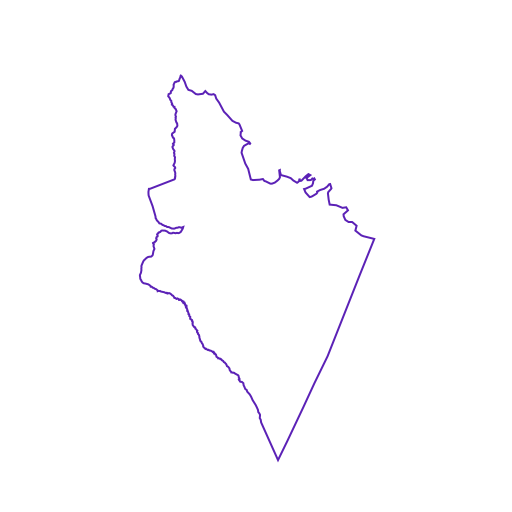 Turkana West, Rift Valley, Kenya (Albers equal-area conic projection), rotated 156°
{"feature_id": "3690345B77554234988908", "entity_name": "Turkana West", "entity_type": "district", "adm_level": 2, "iso_a3": "KEN", "parent_name": "Kenya", "parent_adm1": "Rift Valley", "projection": "albers", "projection_center": [34.901, 4.052], "detail": "fine", "context": "isolated", "style": "outline", "palette": "violet", "viewbox_px": 512, "rotation_deg": 156, "n_neighbors": 0, "source": "geoboundaries", "source_scale": "gbopen_adm2", "svg_char_len": 6163}
<svg xmlns="http://www.w3.org/2000/svg" viewBox="0 0 512 512"><g transform="rotate(156 256 256)"><path d="M326.5,360.9L328.2,358.3L329.1,356.1L329.5,354.8L330.2,343.6L331.7,333.1L332.3,331.3L332.1,330.5L332.1,328.9L331.3,326.8L331.0,325.1L329.5,324.0L328.8,322.4L328.0,321.8L327.2,320.6L326.1,319.9L325.4,318.7L323.9,317.9L321.8,315.4L319.7,314.3L318.9,314.2L317.4,314.2L316.0,313.7L314.8,313.7L314.0,313.3L312.7,312.2L310.7,312.1L311.8,310.8L314.9,308.6L316.6,308.3L317.4,308.4L317.9,308.6L318.8,309.3L320.2,309.5L321.8,310.7L322.4,311.0L323.5,310.9L325.0,311.5L326.1,312.4L327.3,314.6L328.8,316.2L331.5,317.5L332.2,317.6L333.7,316.9L335.3,317.1L336.0,316.4L336.6,316.6L337.6,315.9L337.6,314.4L337.7,314.2L338.0,313.9L339.2,313.7L340.0,312.8L340.1,312.4L339.9,311.8L340.2,311.3L341.5,310.3L342.5,310.2L343.0,309.7L344.0,309.9L344.8,309.8L344.9,309.4L344.6,308.2L345.6,306.8L345.9,303.8L347.7,302.2L349.8,299.1L350.4,298.6L351.6,298.2L352.1,298.1L353.7,298.7L355.1,299.0L356.1,298.9L357.7,298.5L359.4,297.8L360.0,297.7L361.2,296.9L364.3,294.0L364.8,293.4L365.3,292.0L366.0,290.9L366.4,289.7L367.9,287.5L369.8,285.8L370.2,284.8L370.4,283.8L370.8,282.9L371.0,281.5L370.7,280.6L370.8,279.7L370.5,278.1L369.7,276.8L368.1,275.7L365.8,273.8L364.6,271.7L364.7,270.8L364.1,270.6L363.6,270.1L363.3,269.1L362.4,268.5L361.9,267.4L360.9,266.5L360.5,265.9L359.9,264.6L360.1,263.9L359.4,263.9L358.6,263.3L357.9,263.1L357.3,262.2L354.4,260.1L353.7,259.1L352.7,258.8L352.4,258.6L352.5,258.1L352.1,257.7L351.4,257.8L351.1,257.5L350.4,257.4L349.8,256.8L348.9,255.2L348.7,254.3L347.9,253.4L347.6,251.9L347.6,250.9L346.9,250.6L346.1,249.1L345.5,249.0L345.1,249.2L344.9,249.0L344.0,247.9L344.2,247.2L343.4,246.8L342.7,246.9L342.0,245.6L342.0,245.0L341.6,244.8L341.7,244.3L341.0,244.0L341.1,243.8L341.5,243.6L341.5,242.8L341.2,242.8L341.0,243.3L340.8,243.2L340.7,242.8L340.4,242.7L340.5,242.3L340.3,241.9L340.7,241.5L340.4,241.1L340.7,240.4L340.3,240.1L340.3,239.4L339.7,238.9L339.9,238.5L340.7,238.4L340.9,237.7L340.8,237.3L340.4,237.1L340.7,236.5L340.5,236.2L340.5,235.4L341.2,233.8L341.1,233.7L340.7,233.7L341.0,230.8L341.3,230.5L340.8,229.8L341.4,228.3L340.8,227.2L341.7,225.4L341.1,224.6L340.9,223.9L340.6,223.7L340.8,223.2L340.6,222.5L340.9,222.4L341.0,222.1L340.7,221.3L341.1,220.4L341.5,220.1L341.9,218.5L341.5,217.0L341.5,216.5L340.9,216.0L340.6,215.5L340.9,214.6L340.7,214.5L340.7,214.0L340.2,212.4L340.4,211.7L340.1,211.5L340.7,210.7L340.8,210.3L340.5,209.2L340.3,209.0L340.7,208.2L340.2,206.9L340.4,206.3L340.4,205.7L340.8,204.9L341.1,203.2L341.0,202.7L341.3,201.8L341.3,200.5L340.8,200.0L340.9,198.2L340.6,197.5L340.7,195.5L341.0,195.0L341.0,194.2L340.0,191.7L339.5,191.8L338.4,189.9L338.0,189.5L337.5,189.6L336.7,188.4L335.9,188.0L334.8,186.5L334.3,186.2L334.4,185.8L333.7,185.6L333.7,185.0L333.5,184.7L334.0,184.2L334.0,183.9L333.4,183.5L333.3,182.9L332.9,182.8L332.7,181.9L333.1,180.1L332.4,178.9L332.2,178.0L331.8,178.1L331.0,177.0L330.4,176.7L330.4,176.2L329.9,176.0L329.6,175.3L329.6,174.7L328.7,173.5L328.5,172.1L327.8,171.3L327.6,170.3L327.2,169.3L327.3,167.2L326.5,166.1L326.0,164.1L326.4,162.6L326.1,161.0L325.8,160.3L325.9,159.7L325.4,159.5L325.0,159.0L324.3,158.8L324.0,158.4L323.4,158.1L323.1,157.3L320.8,154.3L320.7,153.4L321.1,152.1L321.0,150.4L321.1,150.2L321.9,150.2L321.9,149.3L321.6,148.7L321.7,148.1L321.5,147.5L320.1,146.7L319.3,145.0L319.9,142.8L319.8,141.7L319.9,138.9L319.0,137.4L319.2,135.7L318.0,132.1L317.7,129.5L317.7,125.7L316.9,120.1L316.8,117.4L316.8,114.6L317.4,112.4L317.0,111.0L316.9,109.5L317.3,108.5L318.5,106.4L318.3,104.5L319.0,101.9L318.9,60.6L302.9,74.0L274.4,98.5L254.3,116.1L231.4,135.3L169.0,196.4L141.0,223.5L149.7,230.3L151.4,232.0L154.9,238.8L151.8,242.7L154.3,247.9L157.6,249.4L159.7,252.6L159.7,256.7L159.1,258.5L153.4,260.3L153.8,263.8L157.4,264.8L162.0,269.7L167.8,273.0L166.7,277.9L164.8,284.0L164.0,285.0L160.2,286.7L159.5,287.2L159.0,291.6L159.9,291.8L162.8,290.4L166.4,289.7L170.5,290.2L174.0,290.0L174.2,289.0L175.5,288.3L180.3,287.7L181.5,287.7L183.0,288.0L184.9,293.9L184.8,297.6L183.2,297.3L176.3,297.4L174.3,299.3L173.2,301.2L172.0,301.8L171.1,302.0L171.2,303.2L172.3,303.0L173.0,303.9L174.4,303.2L175.4,303.2L178.0,304.3L177.9,304.9L178.3,306.7L173.5,307.8L174.8,309.5L178.2,308.6L183.9,306.3L185.1,306.6L184.9,308.2L185.3,308.3L186.1,306.8L186.7,306.8L187.5,306.4L188.7,306.2L191.2,309.8L192.6,313.0L195.6,316.0L200.3,319.8L199.7,324.0L199.3,324.8L200.0,324.8L202.1,318.2L203.5,317.0L205.7,316.2L209.0,315.4L212.1,315.6L213.5,316.3L216.8,320.3L217.8,321.1L218.4,323.5L221.8,324.3L227.9,326.6L229.6,328.0L227.7,338.8L228.2,344.8L227.2,356.2L226.2,357.7L224.1,360.2L222.1,361.5L216.9,362.0L216.0,360.9L215.5,361.2L216.0,363.2L218.7,365.7L220.8,369.0L221.1,372.5L219.7,374.9L219.6,375.4L217.8,375.9L217.6,382.9L217.9,384.2L220.1,385.9L222.6,389.1L224.9,396.4L226.6,400.9L227.3,411.1L228.3,416.0L227.9,419.5L228.9,421.1L231.0,421.5L233.4,423.0L234.4,424.9L235.2,427.3L238.5,425.8L243.3,427.2L245.1,428.4L247.5,433.0L250.2,435.3L250.7,439.1L250.3,444.1L250.7,450.1L251.3,451.4L251.8,451.1L252.5,449.9L253.4,449.3L255.2,447.3L256.0,447.3L257.1,447.7L257.9,447.5L258.9,447.9L259.7,447.7L261.7,445.9L262.0,444.8L262.9,443.3L264.2,442.5L265.0,441.6L266.7,441.1L267.6,439.5L268.0,439.4L270.0,439.4L271.2,437.7L270.6,435.3L270.8,433.6L270.3,432.1L270.8,430.9L270.6,429.4L271.2,428.8L271.3,428.5L270.7,427.5L270.6,425.8L269.8,425.4L270.2,424.1L269.5,422.7L269.7,421.3L269.6,420.6L272.0,418.2L272.4,417.2L272.5,415.7L273.2,415.2L273.4,414.2L274.1,413.2L274.4,410.2L274.1,409.3L274.8,407.1L275.4,406.4L277.1,405.6L278.3,405.2L279.8,402.6L282.6,402.0L283.2,401.5L283.6,400.7L283.8,400.1L283.5,399.3L283.8,398.0L283.1,397.0L283.1,396.5L283.7,394.6L284.5,392.9L286.2,392.4L286.3,392.3L285.9,391.1L286.1,390.7L287.5,390.1L288.0,389.6L288.2,387.6L287.7,385.3L287.9,384.7L289.0,383.6L289.0,382.4L290.0,380.7L289.8,379.2L290.8,377.5L291.4,375.7L292.4,374.2L294.6,372.4L294.5,371.7L293.9,370.3L293.9,369.5L294.0,369.2L295.1,368.6L295.5,368.1L295.7,367.5L295.8,365.5L296.1,364.3L296.7,363.3L297.2,361.7L298.0,361.0L298.0,360.4L298.7,359.5L299.5,359.2L325.5,360.5L326.5,360.9Z" fill="none" stroke="#5b21b6" stroke-width="2"/></g></svg>